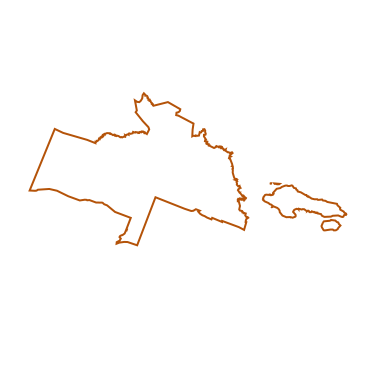 Davao del Norte, Davao del Norte, Philippines (Natural Earth projection), rotated 291°
{"feature_id": "2640588B4700873759555", "entity_name": "Davao del Norte", "entity_type": "district", "adm_level": 2, "iso_a3": "PHL", "parent_name": "Philippines", "parent_adm1": "Davao del Norte", "projection": "natural_earth1", "projection_center": [125.731, 7.448], "detail": "fine", "context": "isolated", "style": "outline", "palette": "amber", "viewbox_px": 384, "rotation_deg": 291, "n_neighbors": 0, "source": "geoboundaries", "source_scale": "gbopen_adm2", "svg_char_len": 6062}
<svg xmlns="http://www.w3.org/2000/svg" viewBox="0 0 384 384"><g transform="rotate(291 192 192)"><path d="M135.2,39.9L136.9,45.1L137.6,46.4L138.9,47.3L143.7,57.7L144.8,65.5L143.7,78.0L143.9,90.3L146.4,94.7L146.9,96.5L146.7,97.1L147.7,99.1L147.8,106.3L149.8,111.6L149.9,112.4L149.1,114.4L149.1,117.5L145.8,127.3L145.9,144.1L133.0,144.1L133.3,144.7L132.5,144.7L132.3,144.1L129.1,144.0L126.8,142.5L126.3,141.6L124.8,140.5L123.9,140.5L123.0,142.2L120.7,141.9L118.2,139.7L116.7,140.1L118.7,142.3L121.1,146.6L122.2,149.8L122.6,159.9L174.0,159.8L173.7,191.1L174.0,198.1L174.9,199.9L177.3,201.8L177.3,205.9L175.9,204.9L174.6,207.3L174.0,210.0L174.0,212.5L173.5,215.3L173.4,220.0L175.1,220.1L174.8,230.8L175.8,230.5L176.0,248.3L175.3,254.2L183.3,253.5L183.2,252.8L185.0,252.4L186.4,252.5L188.1,253.7L188.5,252.9L188.1,251.8L189.2,250.1L191.0,249.9L190.8,249.4L191.2,248.8L190.7,247.9L191.1,247.7L191.0,246.5L191.6,246.4L191.7,245.6L192.2,245.5L191.9,243.3L192.7,242.3L196.2,241.8L200.2,238.9L199.8,238.1L201.5,237.4L202.2,237.6L202.2,238.4L203.1,238.9L202.4,239.6L202.9,240.2L202.4,240.8L203.3,242.9L202.8,243.6L203.4,243.8L203.9,242.7L204.1,243.9L204.7,243.8L205.3,244.6L205.7,244.6L206.3,242.6L207.1,241.4L207.1,240.9L206.7,240.7L205.9,241.6L206.0,240.9L208.0,238.0L208.3,238.2L208.0,237.9L208.3,237.1L208.6,237.2L208.4,237.1L208.7,237.1L208.5,236.6L210.2,234.2L211.2,234.3L212.6,235.3L213.5,234.7L213.6,235.3L214.1,234.7L213.8,234.6L213.9,234.4L214.7,234.1L213.9,233.1L214.9,231.2L216.2,230.9L217.2,230.0L217.9,229.8L218.3,230.3L218.8,229.8L218.8,227.9L219.6,228.8L219.6,228.1L219.9,228.2L219.6,227.3L220.9,225.9L224.6,223.1L227.3,222.2L227.9,221.5L228.6,221.8L230.5,220.9L230.5,220.2L230.9,220.4L232.4,219.5L236.7,215.6L237.2,214.7L236.7,214.7L236.8,214.4L238.6,214.4L238.6,215.1L239.0,215.5L239.2,214.2L239.7,214.1L242.9,215.9L243.4,215.2L243.0,214.5L241.8,213.7L242.3,212.0L241.9,211.2L242.6,208.3L243.8,208.2L242.6,207.3L242.5,206.9L243.5,205.7L243.5,204.4L243.9,204.9L244.1,204.2L244.8,203.9L244.9,203.1L244.7,202.2L243.8,202.4L244.3,201.4L243.4,200.8L243.8,199.9L243.3,199.0L243.6,198.4L243.0,197.9L242.2,198.0L241.0,196.8L241.4,192.3L241.9,191.8L241.4,191.0L242.6,190.4L242.1,189.6L242.2,188.2L242.6,187.9L243.3,188.6L244.5,188.3L244.1,185.9L245.3,185.7L246.0,186.2L248.2,183.2L249.7,182.7L250.3,184.0L251.2,184.0L252.8,182.7L254.1,182.3L255.1,181.1L254.5,179.9L253.0,180.3L252.4,179.2L251.0,179.2L250.4,178.4L250.5,177.8L247.2,178.3L246.4,176.9L246.1,175.2L245.5,175.3L245.0,173.1L244.1,172.3L250.5,170.2L256.4,168.9L258.4,151.9L258.1,149.7L260.5,149.1L261.7,150.8L263.2,151.6L265.1,151.4L267.3,137.3L258.7,125.1L258.9,124.4L259.9,124.1L259.8,123.1L260.3,123.1L260.8,122.5L260.8,121.8L262.1,120.6L261.8,119.6L262.2,119.3L262.6,119.7L263.0,119.5L262.6,118.4L263.1,118.4L263.6,117.7L263.5,117.0L264.1,116.6L264.4,116.9L265.5,115.8L265.7,114.4L265.2,113.9L266.2,113.2L266.9,111.7L264.7,111.2L261.5,112.0L258.8,111.5L257.0,110.6L256.5,108.5L257.1,105.9L248.3,111.3L246.3,110.8L240.5,120.7L236.9,128.1L235.1,129.6L230.0,129.1L230.3,128.2L229.9,126.7L230.8,126.6L230.9,125.3L230.4,125.6L230.6,124.8L230.2,123.9L230.3,123.3L229.6,123.2L229.6,122.1L229.3,121.7L228.4,121.7L228.4,120.9L227.2,121.3L227.8,120.8L228.0,119.6L227.8,117.9L227.5,117.7L227.4,118.1L227.0,117.5L227.0,115.5L225.6,115.6L224.3,113.8L224.2,112.3L223.1,111.8L222.7,112.1L222.7,111.2L222.0,110.5L221.5,111.1L221.7,110.3L221.0,110.0L221.1,109.4L220.7,109.7L220.0,109.1L219.5,109.5L219.3,108.6L217.9,107.2L218.0,106.3L217.4,105.5L217.9,103.4L217.7,101.7L217.1,101.3L217.2,100.4L217.6,100.4L217.8,99.6L217.0,99.6L217.3,98.3L216.8,97.7L217.3,95.4L216.8,94.9L216.9,94.4L217.4,94.2L216.5,91.5L215.2,90.1L214.6,90.1L214.9,89.5L213.3,88.2L212.8,88.2L212.6,89.2L212.1,89.2L210.7,88.3L210.9,87.6L210.2,87.5L210.2,87.0L209.0,87.0L209.7,86.0L209.2,86.4L208.8,86.0L207.0,86.2L206.0,85.6L205.7,84.8L205.2,85.0L204.3,84.4L204.3,84.1L203.9,84.3L203.5,83.9L203.0,84.2L203.1,75.5L201.0,50.5L201.7,41.3L135.2,39.9ZM215.4,261.3L212.6,260.5L212.2,260.8L211.4,260.7L210.9,261.0L210.7,260.9L210.2,261.7L209.9,261.6L209.3,263.3L209.1,267.5L208.5,268.9L208.6,270.4L207.8,273.0L207.7,277.4L207.4,278.0L207.1,277.9L207.4,278.1L206.9,279.4L205.9,280.5L204.6,281.2L202.4,284.9L202.3,289.1L203.7,292.4L203.6,293.0L203.9,293.2L204.1,295.2L206.0,297.3L206.8,297.4L208.0,296.7L209.6,293.6L210.3,293.6L210.3,294.1L210.3,293.6L211.7,293.8L212.8,294.6L212.8,295.2L212.9,294.8L213.8,295.7L214.0,297.3L214.3,297.4L214.1,297.7L214.4,297.6L214.2,297.8L214.7,298.3L215.0,300.8L215.7,301.5L216.1,303.0L215.2,306.1L215.8,306.9L215.9,306.7L216.3,306.8L215.9,306.8L216.2,307.0L216.2,307.8L215.4,308.7L215.4,309.3L215.9,310.4L216.9,310.8L216.7,312.1L217.2,313.0L217.2,313.7L216.8,313.8L217.0,314.7L216.8,315.2L217.3,316.3L217.0,316.3L217.3,316.3L217.0,316.8L217.6,320.3L216.4,321.9L216.2,324.5L218.8,330.5L220.3,332.0L222.5,336.9L222.4,340.4L222.7,341.7L223.3,342.2L224.7,342.2L225.6,343.0L225.7,343.9L226.4,344.1L227.0,343.6L227.3,341.6L228.1,340.6L228.6,336.9L229.4,336.2L230.4,336.1L231.7,332.6L232.9,331.6L231.2,321.9L231.6,319.8L231.0,317.2L231.6,316.1L230.1,313.2L229.8,312.2L230.1,311.6L229.1,308.9L228.7,305.9L229.2,304.3L229.1,303.2L229.6,302.5L229.2,302.0L229.6,301.6L229.3,300.8L230.2,299.9L229.8,299.0L230.7,293.8L230.4,290.5L231.4,289.8L231.6,288.5L232.6,287.8L232.4,285.6L233.9,283.5L233.9,282.7L232.6,281.0L232.0,279.4L232.1,278.4L231.4,276.8L228.9,274.0L227.3,273.0L225.3,269.9L220.3,268.0L219.6,268.2L219.5,268.8L218.4,268.5L217.3,266.9L217.7,266.3L217.5,265.5L217.1,265.6L216.1,262.2L215.4,261.3ZM210.5,325.2L206.6,325.1L205.5,326.0L203.5,328.6L203.7,329.7L206.6,334.8L207.4,336.9L207.0,338.2L207.8,340.0L209.5,341.3L210.8,341.4L213.9,342.6L214.8,340.6L216.0,339.4L215.9,338.1L216.7,336.0L215.7,331.8L215.2,331.7L214.4,330.7L211.9,325.7L210.6,325.2L210.6,324.9L210.5,325.2ZM229.5,265.7L229.2,266.2L229.7,267.5L229.7,268.6L230.5,270.6L231.0,270.9L229.5,265.7ZM228.0,261.6L228.0,262.7L228.3,262.8L228.5,262.7L228.0,261.6ZM206.7,271.1L206.4,272.0L206.5,272.1L206.7,271.1Z" fill="none" stroke="#b45309" stroke-width="2"/></g></svg>